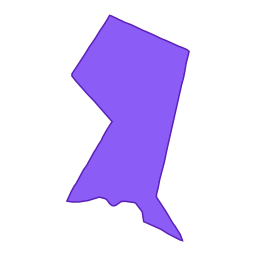 Santa Cruz Verapaz, Alta Verapaz, Guatemala
{"feature_id": "79465075B71576598572752", "entity_name": "Santa Cruz Verapaz", "entity_type": "district", "adm_level": 2, "iso_a3": "GTM", "parent_name": "Guatemala", "parent_adm1": "Alta Verapaz", "projection": "robinson", "projection_center": [-90.416, 15.333], "detail": "fine", "context": "isolated", "style": "filled", "palette": "violet", "viewbox_px": 256, "rotation_deg": 0, "n_neighbors": 0, "source": "geoboundaries", "source_scale": "gbopen_adm2", "svg_char_len": 1128}
<svg xmlns="http://www.w3.org/2000/svg" viewBox="0 0 256 256"><path d="M109.6,15.4L107.4,19.3L103.9,24.9L99.9,30.7L95.6,37.8L92.2,42.8L89.7,46.3L84.8,54.3L79.6,62.3L72.0,73.8L71.9,76.0L76.1,81.3L81.0,86.8L86.9,93.5L94.0,100.9L111.4,120.8L112.1,121.6L111.5,122.5L106.6,130.2L102.7,137.2L100.9,141.1L98.1,145.3L95.9,149.2L93.8,152.4L86.7,165.4L83.4,170.0L76.2,183.4L74.0,186.4L72.2,189.8L71.6,190.8L66.9,201.1L72.3,202.0L79.6,201.9L84.0,201.1L87.5,200.7L99.4,197.1L105.2,198.7L106.9,199.9L109.7,203.7L111.9,205.5L113.7,205.9L116.0,205.2L121.2,201.5L125.1,201.3L133.9,202.5L134.8,202.8L135.8,203.3L142.2,211.8L143.7,221.6L161.1,229.4L167.7,233.6L179.4,239.6L181.3,240.3L182.5,240.6L180.3,234.6L174.8,225.8L173.3,223.9L171.5,221.0L170.0,218.5L167.9,214.8L165.9,211.5L162.7,206.6L159.5,201.7L156.5,197.2L156.5,194.3L158.1,188.0L159.7,179.6L164.3,162.2L166.7,150.6L180.6,89.2L181.6,84.8L183.6,77.4L184.9,70.7L186.1,63.5L189.1,51.5L186.7,49.5L182.6,47.7L178.5,46.2L177.3,45.6L166.0,40.5L161.4,38.7L152.7,34.5L146.8,31.9L143.0,30.4L130.9,24.6L125.1,22.5L111.3,15.9L109.6,15.4Z" fill="#8b5cf6" stroke="#5b21b6" stroke-width="1.5"/></svg>